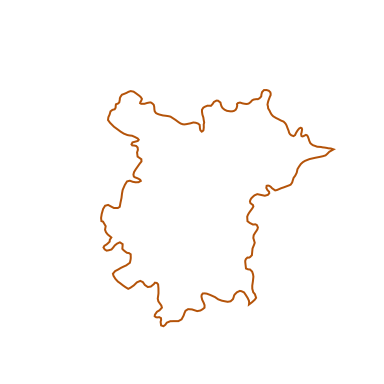 outline of Orsha, Vitebsk, Belarus, rotated 35°
{"feature_id": "67162791B52368794321360", "entity_name": "Orsha", "entity_type": "district", "adm_level": 2, "iso_a3": "BLR", "parent_name": "Belarus", "parent_adm1": "Vitebsk", "projection": "albers", "projection_center": [30.362, 54.544], "detail": "fine", "context": "isolated", "style": "outline", "palette": "amber", "viewbox_px": 384, "rotation_deg": 35, "n_neighbors": 0, "source": "geoboundaries", "source_scale": "gbopen_adm2", "svg_char_len": 5344}
<svg xmlns="http://www.w3.org/2000/svg" viewBox="0 0 384 384"><g transform="rotate(35 192 192)"><path d="M303.2,251.5L304.4,247.8L305.2,244.2L305.2,241.9L302.1,239.6L299.7,239.0L296.9,236.7L295.1,234.2L293.2,230.4L290.9,226.2L289.2,224.4L286.9,222.7L284.0,222.2L282.3,223.2L280.1,223.7L278.5,221.9L276.1,219.2L275.1,217.9L274.6,216.1L275.0,213.9L276.3,213.1L276.9,212.0L277.3,209.4L275.3,205.9L274.0,203.6L273.1,199.6L272.5,197.6L270.4,195.9L268.6,194.5L267.3,192.0L267.1,189.0L267.1,187.4L267.0,185.1L266.3,183.2L264.1,181.9L262.5,182.1L260.6,183.7L257.1,184.2L254.2,184.1L251.4,180.6L250.9,178.6L250.7,176.5L250.7,174.6L250.8,170.8L250.6,168.7L249.4,167.7L248.0,167.7L246.2,167.6L244.8,166.4L244.3,164.7L244.2,163.2L244.6,160.9L245.1,158.9L246.7,156.3L251.0,154.5L253.8,153.3L255.8,150.8L256.0,148.7L255.0,147.6L252.6,147.1L250.5,146.0L249.6,144.1L250.6,143.1L251.9,142.6L253.7,142.6L255.3,143.0L259.2,143.0L260.5,141.6L262.9,137.7L264.4,135.7L265.7,133.8L267.7,130.9L268.6,129.4L268.6,126.8L267.8,124.4L267.1,122.1L267.2,119.5L266.7,116.1L265.3,112.8L265.1,109.8L265.1,106.6L265.7,104.0L266.7,101.7L269.4,97.6L273.4,93.2L276.4,90.1L278.7,87.6L280.4,85.4L280.9,83.3L281.4,80.3L283.5,75.9L280.8,76.7L278.6,78.0L277.3,78.5L275.2,79.5L273.4,80.5L271.7,81.2L268.6,83.1L265.9,83.8L264.3,84.3L262.6,84.3L260.9,84.1L259.9,83.5L258.4,82.6L257.5,81.8L256.2,80.9L254.9,80.0L253.5,79.6L252.5,79.9L251.6,81.7L250.8,83.0L249.7,83.4L248.7,82.6L248.0,81.7L247.7,80.6L247.1,79.3L246.3,77.6L245.3,76.8L244.2,77.0L243.4,78.4L243.2,80.3L243.2,82.0L243.4,84.4L243.8,86.2L243.1,88.0L240.7,88.6L239.0,88.4L237.5,87.7L236.1,86.5L233.5,84.8L231.2,83.2L229.3,82.3L227.8,82.0L226.6,81.8L224.1,82.4L220.8,82.8L218.3,83.2L215.0,83.4L212.7,82.9L210.4,81.8L209.3,81.1L206.4,79.8L205.3,78.5L203.7,77.1L202.8,75.1L202.2,73.4L201.7,71.5L201.1,69.1L200.9,67.7L200.1,66.4L199.0,65.4L196.8,65.0L194.6,65.7L192.5,67.2L192.1,70.0L192.9,72.2L193.9,74.1L193.5,76.6L192.7,78.2L191.6,78.9L190.6,79.8L189.4,81.0L188.6,82.7L188.5,84.3L187.9,86.6L187.2,87.7L186.1,88.7L184.4,89.6L182.6,90.4L180.0,91.2L178.6,92.8L178.4,94.2L179.5,95.3L180.4,97.6L180.6,99.7L179.8,101.6L178.7,102.8L177.0,104.0L174.0,105.5L171.4,105.9L168.9,105.7L167.2,105.0L165.4,103.7L164.0,102.4L160.9,102.3L159.6,103.1L158.3,105.7L158.4,108.0L158.1,110.5L155.2,112.4L153.8,114.5L152.9,116.4L153.0,118.9L154.2,120.6L156.2,122.7L158.5,124.4L160.0,126.0L162.1,128.1L162.9,130.0L164.6,132.3L165.9,134.7L165.8,136.1L165.3,137.0L163.3,136.5L161.9,135.2L160.7,133.7L159.7,132.6L157.5,132.5L155.2,133.2L153.2,134.3L151.2,136.8L148.4,139.7L147.0,141.0L145.6,141.8L143.5,142.4L141.9,142.5L140.0,142.5L137.2,142.4L134.3,142.5L131.2,142.6L129.4,143.3L127.0,144.5L124.2,146.0L120.7,147.3L118.8,147.8L117.2,148.0L115.2,147.3L113.8,145.9L112.2,143.9L110.6,142.5L108.6,142.2L106.8,142.3L105.7,143.2L104.1,144.9L102.4,147.1L101.1,148.0L99.8,148.9L98.5,149.0L98.1,147.8L98.1,146.6L97.6,144.5L95.8,143.7L93.8,143.4L89.7,143.3L86.6,143.3L83.9,144.5L82.5,146.4L81.5,148.4L80.3,150.3L79.3,151.8L78.8,152.5L78.8,155.0L79.1,156.5L80.0,158.0L81.0,160.3L80.7,161.9L79.4,163.8L80.1,165.2L81.1,166.8L81.2,168.6L79.7,170.4L79.0,172.7L80.1,175.9L80.6,178.7L81.9,181.2L85.1,182.3L90.6,183.3L95.8,183.4L98.9,183.5L102.6,183.3L106.4,182.4L108.2,181.6L110.6,180.3L113.6,179.7L116.8,179.3L118.4,179.8L118.3,181.3L116.9,183.0L114.8,185.5L115.1,187.7L116.3,188.1L118.0,187.1L119.9,186.3L121.9,186.7L123.5,188.5L124.3,191.1L127.1,194.2L129.3,194.2L131.7,194.2L133.1,196.0L132.9,198.6L132.9,202.2L132.9,205.8L133.1,208.9L134.0,211.3L135.5,212.7L136.9,212.7L139.1,212.1L140.9,211.8L142.6,211.7L143.7,212.3L142.6,214.6L140.4,216.3L137.7,217.6L134.6,218.4L132.7,220.6L132.9,224.6L134.0,230.0L135.5,233.3L137.6,237.2L139.6,241.9L141.3,245.6L140.4,247.7L137.2,249.9L134.1,250.3L130.7,250.7L128.7,253.1L128.9,256.8L130.6,261.7L132.4,265.4L134.5,267.8L136.1,267.3L140.9,269.5L142.4,272.8L144.6,274.3L147.2,275.1L152.0,275.5L152.1,278.3L153.0,279.9L152.6,282.0L152.1,284.0L151.1,286.3L151.3,288.2L153.4,289.1L155.7,289.0L157.2,287.5L159.0,285.3L159.3,282.6L159.4,280.1L160.2,277.3L161.8,274.6L165.1,274.5L166.3,276.4L167.5,278.5L169.2,278.9L171.8,279.1L173.7,279.1L175.4,278.2L177.5,278.2L179.7,281.2L180.5,282.7L181.7,285.6L181.0,287.6L180.2,289.9L178.7,292.4L177.3,294.9L176.0,297.8L174.4,300.9L174.1,304.3L175.8,305.7L179.1,307.1L182.7,307.9L185.3,307.9L189.1,308.1L192.0,308.1L195.3,307.9L196.5,305.7L197.9,301.9L198.7,297.6L200.6,294.5L203.4,294.0L206.7,295.2L210.3,295.2L212.5,293.1L213.6,289.3L213.6,287.6L215.3,286.7L217.2,287.1L219.8,290.2L222.7,294.3L223.7,296.2L225.1,299.0L227.2,300.9L232.0,302.6L233.7,304.0L233.2,307.6L232.0,310.2L232.0,312.4L232.0,313.8L232.7,315.2L234.4,315.2L235.4,314.7L237.0,313.3L238.9,313.1L240.1,314.5L240.8,316.4L242.2,317.9L243.2,319.0L245.6,318.3L246.3,316.1L246.3,313.5L248.4,310.2L251.1,308.3L254.9,305.6L256.5,302.3L256.0,298.0L255.3,295.6L254.8,293.0L256.0,290.2L259.3,288.2L264.6,286.6L266.9,284.2L267.9,282.0L268.6,279.6L267.2,277.5L265.2,276.1L262.1,274.4L259.8,272.3L259.0,270.9L259.0,269.0L260.5,267.8L262.4,266.8L265.9,265.9L271.1,264.9L275.0,264.9L278.8,263.9L281.1,262.9L284.2,261.5L286.3,259.4L287.0,256.3L286.5,254.4L285.8,252.5L285.8,251.3L286.3,248.4L287.9,245.6L289.4,244.9L292.2,244.4L295.1,245.5L298.4,246.9L301.0,248.4L302.4,250.0L303.2,251.5Z" fill="none" stroke="#b45309" stroke-width="2"/></g></svg>